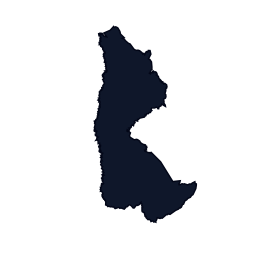 the district of Valledupar, Cesar, Colombia, rotated 148°
{"feature_id": "7082276B67264617376503", "entity_name": "Valledupar", "entity_type": "district", "adm_level": 2, "iso_a3": "COL", "parent_name": "Colombia", "parent_adm1": "Cesar", "projection": "natural_earth1", "projection_center": [-73.4, 10.343], "detail": "fine", "context": "isolated", "style": "filled", "palette": "ink", "viewbox_px": 256, "rotation_deg": 148, "n_neighbors": 0, "source": "geoboundaries", "source_scale": "gbopen_adm2", "svg_char_len": 5939}
<svg xmlns="http://www.w3.org/2000/svg" viewBox="0 0 256 256"><g transform="rotate(148 128 128)"><path d="M108.2,37.1L102.6,40.7L100.3,43.4L99.7,44.4L100.5,45.2L99.8,47.0L102.9,47.3L103.8,46.9L105.7,48.0L107.5,48.1L109.9,50.9L110.8,51.0L111.7,52.1L113.9,52.2L114.9,53.0L114.5,53.8L113.5,53.9L111.7,55.6L118.4,58.8L118.3,82.0L121.3,95.0L122.5,94.8L122.3,95.4L124.2,96.7L126.0,99.6L125.6,100.6L124.8,100.1L123.9,100.7L123.8,100.0L123.0,101.4L122.4,101.4L122.0,102.6L122.7,102.8L122.2,104.4L123.2,104.7L123.0,105.3L124.1,106.5L125.2,109.1L125.0,110.6L126.0,113.0L126.8,113.9L129.0,114.7L131.2,119.2L130.8,120.8L128.5,122.6L129.1,124.8L130.0,125.0L130.5,126.0L129.5,127.0L128.8,125.5L128.1,125.5L127.0,126.3L127.2,127.4L125.8,126.8L124.7,127.1L124.0,128.3L123.3,128.1L122.7,128.5L122.1,127.1L120.6,128.6L119.2,128.8L119.2,130.2L117.6,130.3L116.2,128.8L115.4,130.2L114.6,129.8L112.6,130.1L108.3,128.6L106.8,129.2L106.5,129.9L106.1,129.2L104.7,130.2L103.3,129.4L102.0,129.8L100.7,129.3L100.2,129.9L98.5,130.2L98.7,131.0L98.2,132.0L97.2,132.4L94.8,130.9L93.0,130.7L92.3,129.7L92.4,128.5L91.8,128.1L91.0,129.2L89.6,129.5L88.4,129.3L86.8,130.4L84.8,126.5L84.3,127.7L84.4,130.4L83.7,130.9L82.5,133.7L80.5,133.5L79.3,134.4L78.3,136.3L78.5,137.6L76.3,139.5L75.4,141.1L73.9,141.5L74.0,142.2L73.1,142.4L72.4,144.2L73.2,146.4L74.3,146.4L74.2,147.1L74.7,147.8L74.0,148.4L74.2,148.9L75.4,149.0L74.8,150.3L75.7,151.1L75.0,151.6L75.6,153.7L74.9,155.7L75.8,157.9L74.8,158.1L74.5,160.2L75.0,161.0L75.5,160.7L76.3,162.8L76.5,162.2L77.4,162.7L77.7,161.7L78.3,162.4L79.9,162.1L79.6,162.7L81.5,163.0L79.5,163.6L78.4,164.6L76.7,165.1L75.4,167.1L73.1,171.6L73.2,174.5L74.0,175.8L69.5,178.5L68.3,182.0L69.7,183.0L71.1,182.0L71.6,182.9L72.2,183.0L75.0,181.2L75.0,182.9L76.3,182.8L76.2,184.4L77.2,187.4L78.2,188.6L80.1,189.6L81.2,191.6L81.7,198.1L82.8,199.7L84.1,204.0L83.9,204.9L85.3,207.1L83.4,206.7L84.6,211.6L83.7,214.3L83.6,218.2L84.3,219.6L85.0,220.4L86.3,220.5L86.4,221.7L91.3,220.3L97.9,221.3L97.8,216.7L99.7,218.5L99.6,219.7L100.0,220.4L99.5,221.0L99.9,222.0L99.5,222.5L100.2,222.0L100.8,222.6L100.8,221.8L101.2,222.0L101.4,221.6L101.8,221.9L101.4,222.6L102.3,223.2L102.6,222.9L102.5,223.4L102.9,223.5L103.7,221.5L103.0,221.1L103.1,218.9L103.9,219.0L103.7,218.6L104.3,218.5L104.4,217.6L105.3,217.5L105.5,217.0L105.2,217.1L105.0,216.3L105.5,216.5L105.8,215.7L107.1,215.9L107.6,214.8L107.2,214.5L107.3,213.9L107.8,213.8L107.3,213.5L107.8,211.8L107.5,211.1L107.4,211.5L107.0,211.3L107.1,210.6L106.7,210.0L107.7,208.1L107.5,207.4L107.9,206.3L107.3,205.2L107.6,205.0L107.4,204.1L108.0,203.4L108.8,204.0L108.9,203.6L109.6,203.7L110.1,203.1L110.2,201.8L111.0,201.6L110.8,200.5L111.3,199.7L111.0,199.6L111.3,199.0L110.9,198.4L112.6,197.0L112.3,196.1L112.8,196.0L112.4,195.7L112.7,195.7L112.7,194.8L113.3,194.2L114.0,191.9L114.4,192.0L114.2,191.2L115.0,190.6L114.7,190.3L115.6,189.3L115.3,188.5L115.7,188.4L115.6,187.8L116.4,188.2L116.0,187.6L116.7,186.7L117.6,187.1L117.8,187.9L118.7,187.7L119.4,186.4L120.1,187.1L121.6,186.5L121.3,186.1L122.0,185.3L121.4,185.2L121.6,184.5L122.1,184.5L122.0,183.1L123.8,182.4L123.5,181.7L124.0,180.8L124.1,179.8L123.7,179.5L124.1,178.8L125.1,177.9L126.7,177.4L127.9,175.5L128.2,175.8L128.8,175.4L129.0,175.8L129.7,174.3L130.4,174.0L130.5,174.6L131.3,174.6L132.6,173.7L133.1,173.8L134.5,171.2L135.2,171.2L135.8,169.3L136.4,168.8L136.9,168.9L136.6,168.1L137.4,167.6L137.9,167.8L137.8,166.8L138.4,167.0L138.1,166.4L138.7,165.8L137.9,165.8L138.0,164.8L139.1,163.7L139.4,162.5L139.9,162.5L140.4,161.1L141.0,161.5L141.1,160.3L141.8,160.4L142.0,159.3L142.0,160.1L143.1,160.0L143.1,158.7L143.6,158.6L144.4,157.3L145.0,157.7L145.2,157.3L145.1,156.8L144.4,157.0L144.4,156.5L145.2,156.3L145.8,155.1L146.3,155.8L146.8,154.4L147.7,154.4L148.1,153.0L149.0,152.9L149.0,152.1L150.7,152.2L150.9,151.5L152.0,151.6L152.3,150.8L153.0,151.4L153.4,149.9L154.0,149.4L153.7,148.5L156.3,146.2L156.3,144.6L157.1,144.8L158.2,143.5L158.1,142.9L157.5,143.0L157.5,142.1L156.4,142.3L156.1,141.8L157.4,141.0L157.9,139.9L159.0,140.1L159.6,138.8L158.7,137.9L159.0,137.0L158.3,136.2L159.5,136.2L160.4,135.1L161.6,134.6L160.6,134.3L160.1,133.2L161.6,130.5L160.2,130.1L160.8,129.0L160.4,128.0L160.7,127.6L161.1,128.1L162.5,128.1L162.7,127.4L161.9,127.8L161.3,126.8L163.0,125.3L163.0,124.0L164.1,124.4L164.9,123.3L164.5,122.1L163.9,122.7L163.4,122.5L163.9,121.1L163.0,120.1L163.8,120.0L164.4,118.9L165.5,119.3L165.4,117.6L166.0,118.0L166.8,117.6L166.0,116.8L167.2,116.0L167.3,114.3L167.8,115.0L169.3,113.6L169.0,112.1L170.5,111.4L170.5,109.7L170.0,108.9L171.9,107.6L171.2,105.5L171.7,105.5L172.0,104.3L173.0,104.3L172.2,102.9L174.0,102.3L173.4,101.7L173.3,100.9L174.5,101.6L174.3,100.9L175.1,100.9L175.2,99.9L177.0,99.5L177.1,98.6L176.5,98.6L176.2,98.0L177.2,97.8L177.2,96.9L177.8,96.9L178.1,93.9L178.9,93.6L179.7,94.8L180.3,94.5L180.3,93.7L181.2,93.4L181.5,92.3L182.3,92.0L182.8,92.3L183.5,90.6L184.2,90.4L184.1,89.3L184.7,88.9L184.2,88.7L183.8,87.5L184.0,85.4L185.0,85.4L184.9,85.0L185.7,84.5L185.7,83.3L186.1,83.5L186.3,82.0L186.0,81.1L186.3,80.6L185.6,79.7L186.0,78.9L185.7,78.4L186.1,76.9L187.7,74.6L186.8,73.3L186.7,72.1L186.0,72.0L184.6,70.4L183.5,70.1L183.3,69.4L182.1,68.9L181.6,66.5L178.3,65.7L177.5,65.0L177.5,64.3L176.2,63.8L174.2,61.2L172.3,61.7L171.9,62.3L170.5,61.7L167.6,62.2L167.1,61.9L166.4,60.1L166.0,57.4L165.0,56.9L162.8,57.8L161.3,58.0L160.8,57.2L158.3,57.1L157.2,58.1L156.2,58.2L156.8,56.7L156.4,56.0L157.4,54.9L157.2,54.4L157.8,53.8L157.6,53.3L158.2,53.3L160.1,50.2L160.2,49.2L159.4,48.7L159.5,48.1L159.0,47.6L160.3,44.0L159.5,43.3L160.2,42.5L159.6,39.7L158.2,39.1L157.8,37.7L158.1,36.5L156.2,36.1L155.9,34.5L155.0,34.4L154.3,33.4L153.5,34.7L152.8,34.7L150.7,36.4L148.8,34.3L147.7,34.2L146.8,33.4L141.3,34.2L140.4,33.6L139.5,33.9L138.1,32.5L131.2,32.9L128.0,32.5L126.9,33.0L126.3,32.5L124.7,32.6L122.3,34.3L121.3,34.0L118.3,36.1L116.3,36.0L114.5,36.6L111.8,36.2L109.9,37.1L108.2,37.1Z" fill="#0f172a" stroke="#020617" stroke-width="1.5"/></g></svg>